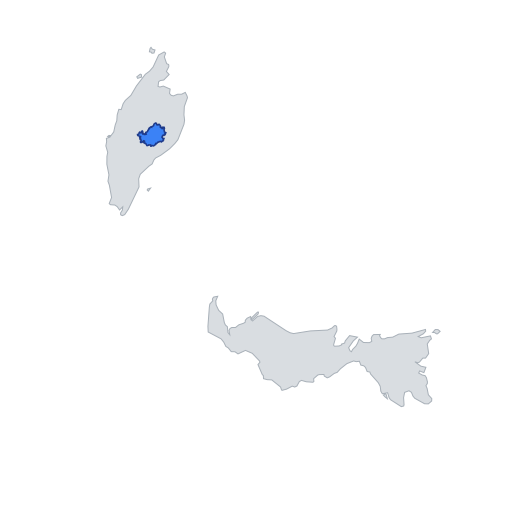 location of Jerantut, Pahang, Malaysia, rotated 48°
{"feature_id": "92858781B18339216088795", "entity_name": "Jerantut", "entity_type": "district", "adm_level": 2, "iso_a3": "MYS", "parent_name": "Malaysia", "parent_adm1": "Pahang", "projection": "natural_earth1", "projection_center": [102.515, 4.261], "detail": "fine", "context": "in_parent", "style": "filled", "palette": "blue", "viewbox_px": 512, "rotation_deg": 48, "n_neighbors": 0, "source": "geoboundaries", "source_scale": "gbopen_adm2", "svg_char_len": 8137}
<svg xmlns="http://www.w3.org/2000/svg" viewBox="0 0 512 512"><g transform="rotate(48 256 256)"><path d="M442.9,254.3L440.0,253.7L436.0,250.9L432.0,249.9L420.2,249.8L418.5,249.0L416.2,250.7L412.1,249.2L409.7,249.4L407.2,251.1L403.4,249.6L401.7,252.1L399.3,253.7L396.8,260.5L396.3,268.6L396.8,273.6L395.6,276.4L395.1,282.1L394.2,284.6L390.9,285.6L389.5,284.8L386.5,288.3L385.8,289.7L385.7,295.2L388.0,297.0L387.9,298.2L383.1,302.8L378.9,305.4L378.3,307.8L380.0,312.6L379.3,314.9L377.0,316.1L375.4,322.3L373.4,326.3L372.7,326.7L369.8,325.4L358.6,327.2L355.4,330.4L352.2,332.5L349.7,330.5L348.4,330.7L338.0,327.2L337.6,324.2L336.5,323.6L325.8,323.9L319.1,327.0L316.7,334.9L313.1,335.7L310.5,338.4L305.8,338.1L303.0,338.9L298.4,337.6L294.2,337.4L280.5,342.4L276.1,338.8L262.7,324.8L260.8,322.4L260.4,318.1L258.9,317.3L258.4,316.2L258.2,314.9L260.3,311.4L262.4,315.9L265.7,318.4L271.4,320.1L276.8,319.6L284.3,324.1L286.8,324.9L289.4,324.6L294.1,328.1L297.0,328.2L293.2,325.8L292.5,323.9L292.9,321.9L295.4,319.1L295.7,314.7L297.6,310.4L298.0,308.4L296.6,306.9L296.3,304.2L297.4,300.5L299.9,302.4L302.0,302.0L302.0,295.2L303.6,292.3L306.1,290.3L331.7,283.6L335.9,282.0L338.8,280.0L348.0,265.8L358.9,252.4L360.4,247.7L360.3,244.3L360.9,243.5L362.1,243.1L364.5,244.8L365.8,246.1L368.1,251.9L370.3,252.0L373.8,257.6L374.7,258.2L375.7,257.9L378.5,254.4L379.3,251.8L378.7,251.4L380.0,248.4L378.8,246.5L377.8,239.7L384.2,234.9L384.2,240.4L386.1,248.5L389.3,249.6L391.0,249.1L390.1,246.7L389.8,242.0L388.8,238.9L386.8,234.9L392.2,234.0L396.3,229.7L396.9,227.1L394.3,225.5L393.2,223.4L393.1,221.2L397.4,216.2L397.9,217.6L400.5,218.0L401.8,217.9L403.6,215.9L404.6,212.9L407.8,208.7L409.6,202.1L417.7,191.7L424.0,179.2L425.4,180.2L425.8,183.6L424.4,189.4L427.3,188.0L432.1,179.8L435.0,181.1L434.9,183.4L436.0,187.6L444.1,193.0L445.3,198.3L443.5,200.4L444.2,205.5L443.6,207.2L440.9,208.7L448.2,207.2L452.4,204.2L455.0,209.3L450.9,211.3L451.8,213.4L455.7,212.1L458.1,210.4L460.5,210.8L464.2,212.8L465.4,214.0L466.1,216.5L468.8,217.4L474.5,220.8L479.6,220.8L481.3,222.5L481.2,226.9L478.6,229.6L468.0,233.2L465.2,233.1L461.3,231.7L458.5,232.5L456.8,236.8L460.0,241.1L465.6,245.5L466.3,246.6L465.2,248.8L452.8,252.2L450.3,251.9L445.7,249.7L442.9,254.3ZM41.5,193.8L42.9,187.7L44.8,187.4L46.7,190.9L53.3,193.7L55.2,192.8L56.1,193.3L57.0,194.2L58.9,199.1L63.0,199.1L63.5,206.8L61.6,209.7L61.3,211.7L64.4,215.3L66.1,214.4L67.7,211.2L74.5,208.1L77.3,211.5L79.9,211.5L81.8,210.2L83.3,206.1L86.0,203.0L87.1,199.1L91.0,200.2L92.5,201.0L97.0,209.3L102.9,215.1L107.3,218.2L109.9,221.4L117.3,236.2L118.1,241.0L118.5,248.4L117.4,259.5L116.0,265.0L116.3,267.6L118.1,271.6L117.6,275.4L117.8,287.3L120.1,291.5L126.4,296.7L135.8,319.5L137.4,325.9L136.5,328.4L134.8,329.0L133.4,327.8L132.5,324.6L130.3,322.1L130.5,326.6L126.5,326.1L123.7,326.8L120.4,329.9L118.8,330.0L115.9,324.2L105.3,317.6L101.4,316.0L97.3,311.0L88.1,305.5L82.2,300.1L79.7,296.8L73.7,293.9L71.1,290.5L68.5,288.5L69.9,285.2L68.6,278.7L64.4,272.9L62.3,268.9L58.3,264.8L55.2,259.8L57.0,258.2L53.9,252.8L52.9,248.9L52.9,241.5L49.6,231.0L46.9,216.6L47.4,211.5L46.7,206.0L41.5,193.8ZM432.4,174.5L431.0,175.9L430.6,172.0L432.5,170.0L435.2,169.6L435.3,173.1L434.6,174.0L432.4,174.5ZM35.3,193.2L36.9,196.0L35.7,197.7L34.7,197.3L32.9,198.6L30.9,195.8L30.7,194.4L33.0,194.7L35.3,193.2ZM300.7,301.1L300.0,301.4L299.0,300.5L298.7,292.4L299.4,291.7L300.5,293.2L300.7,301.1ZM46.5,221.3L44.8,225.1L43.1,224.7L43.4,220.3L44.4,219.8L46.5,221.3ZM450.0,253.9L446.8,254.4L444.6,254.4L444.9,252.2L445.9,251.9L450.0,253.9ZM135.8,292.6L134.1,292.7L133.7,291.7L135.0,288.9L135.8,292.6ZM69.0,285.8L67.9,286.3L68.0,284.6L68.9,283.7L69.0,285.8Z" fill="#d9dde1" stroke="#a8b0b8" stroke-width="1"/><path d="M99.9,238.6L99.7,238.5L99.4,238.5L99.2,238.3L99.1,238.2L98.9,238.1L98.6,238.2L98.5,238.3L98.5,238.5L98.5,238.9L98.5,239.1L98.4,239.2L98.5,239.3L98.6,239.6L98.6,239.8L98.6,240.2L98.6,240.5L98.4,240.6L98.2,240.4L97.9,240.4L97.6,240.2L97.3,239.9L97.2,240.3L97.1,240.5L96.9,240.6L96.9,240.8L96.6,240.9L96.5,241.0L96.4,241.0L96.2,240.9L96.1,240.7L95.9,240.5L95.5,240.1L95.4,240.0L95.2,240.1L95.0,239.9L94.8,239.9L94.5,239.9L94.4,239.9L94.2,239.8L93.7,239.9L93.4,239.8L93.1,240.1L93.2,240.4L93.2,240.7L93.1,241.0L92.8,241.1L92.6,241.5L92.5,241.8L92.3,241.9L91.9,241.9L91.5,241.6L91.2,241.4L90.9,241.2L90.6,241.3L90.3,241.4L90.1,241.5L90.1,241.8L90.0,242.0L89.9,242.0L89.8,242.5L89.7,242.8L89.7,243.1L89.7,243.3L89.9,243.9L90.2,244.3L90.3,244.6L90.6,244.8L90.7,245.0L90.5,245.4L90.5,245.7L90.3,246.4L90.3,246.5L90.2,246.7L90.3,247.0L90.5,247.3L90.1,247.4L90.1,247.6L89.9,247.7L89.7,247.7L89.6,248.0L89.7,248.3L89.6,248.5L89.5,249.0L89.8,249.4L89.7,249.6L89.7,249.8L89.6,250.0L90.0,250.0L90.0,250.3L90.1,250.5L90.0,251.0L90.1,251.4L90.2,251.6L90.3,251.7L90.4,251.9L90.4,252.1L90.3,252.3L90.7,252.9L90.8,253.2L90.9,253.3L90.9,253.9L90.8,254.1L90.7,254.3L90.6,254.7L90.5,254.9L90.4,255.0L90.5,255.4L90.5,255.5L90.8,255.8L91.0,255.8L91.1,255.7L91.3,255.7L91.5,255.8L91.6,256.2L91.8,256.2L92.0,256.2L91.9,256.5L91.6,256.9L91.4,257.1L91.2,257.4L91.0,257.2L90.8,257.2L90.7,257.5L90.4,257.5L90.4,257.4L90.2,257.6L90.2,257.8L89.8,257.8L89.8,258.2L89.7,258.3L89.6,258.5L89.4,258.4L89.4,258.1L89.2,258.1L88.8,258.1L88.7,258.1L88.6,257.8L88.4,257.9L88.2,257.5L88.1,257.2L87.9,257.2L87.7,257.1L87.5,256.8L87.4,256.8L87.1,256.9L86.9,256.9L86.9,257.0L87.0,257.3L86.9,257.4L86.9,257.6L86.8,257.8L86.9,258.0L87.0,258.2L87.5,258.4L87.6,258.6L87.7,258.8L87.2,259.4L86.6,259.6L86.4,259.6L86.1,259.6L86.1,260.0L86.2,260.4L86.4,260.5L86.5,260.8L86.7,261.1L86.9,261.3L86.8,261.6L86.8,261.9L86.8,262.2L86.6,262.4L86.6,262.7L86.5,262.8L86.9,263.1L87.0,263.1L87.4,263.2L87.5,263.2L87.7,262.9L87.8,262.9L88.0,262.9L88.5,262.6L88.8,262.6L89.0,262.6L89.3,262.4L89.5,262.4L89.6,262.2L89.8,261.9L90.0,261.8L90.2,262.0L90.2,262.3L90.3,262.5L90.2,262.9L90.2,263.3L90.3,263.4L90.6,263.5L90.7,263.4L91.0,263.4L91.3,263.1L91.5,263.3L91.5,263.6L91.6,263.9L91.8,264.1L92.1,263.8L93.1,263.8L93.8,265.4L94.0,265.4L94.0,265.5L94.4,265.8L94.6,265.7L94.8,265.5L94.7,265.3L94.8,265.2L94.8,264.8L95.3,264.5L95.3,264.3L95.3,264.2L95.1,263.9L95.1,263.6L95.2,263.4L95.4,263.2L95.5,263.0L95.5,262.9L95.8,262.6L95.7,262.3L95.5,262.2L95.8,262.0L96.1,262.0L96.1,262.5L96.3,262.9L96.4,263.0L96.5,263.2L96.7,263.5L97.6,263.0L97.6,263.3L97.9,263.2L98.1,263.0L98.3,263.1L98.9,262.7L99.1,262.8L99.3,262.8L99.6,262.8L99.8,262.9L100.0,263.0L100.3,263.0L100.9,263.2L101.0,263.1L101.1,262.9L101.4,262.7L101.5,262.6L101.5,262.4L101.5,262.2L101.8,261.7L101.7,261.3L102.1,261.1L102.2,260.8L102.5,260.6L102.6,260.4L102.9,260.3L103.1,260.1L103.1,259.9L103.5,260.0L103.7,260.5L103.8,260.6L104.0,260.7L104.5,260.0L104.5,259.5L104.6,259.2L104.7,258.9L104.8,258.8L104.9,258.7L105.2,258.7L105.4,258.6L105.7,258.4L105.7,258.2L105.8,257.9L105.8,257.6L105.8,257.4L105.7,257.2L105.9,256.6L106.0,256.2L105.9,256.2L105.7,256.0L105.7,255.9L105.5,255.6L105.4,255.5L105.3,255.4L105.2,255.2L105.3,255.1L105.5,254.9L105.9,254.6L105.9,254.2L105.9,253.6L105.7,253.1L105.9,253.0L105.9,252.7L106.0,252.6L106.2,252.2L106.1,251.7L106.2,251.3L106.3,251.2L106.5,251.3L106.6,251.2L106.7,250.6L107.0,250.1L107.4,250.0L107.5,250.0L107.9,250.1L108.0,250.0L108.0,249.8L107.9,249.8L107.8,248.8L107.9,248.6L108.0,248.6L108.3,248.3L108.3,248.2L108.1,248.0L108.0,247.9L107.9,247.7L108.0,247.3L108.0,247.1L107.9,247.0L107.7,246.9L107.5,246.6L107.4,246.4L107.2,246.3L107.1,246.0L106.9,246.3L106.7,246.3L106.7,246.7L106.6,246.8L106.4,246.8L106.1,246.4L105.8,246.5L105.4,246.3L105.1,246.5L104.9,246.5L104.8,246.3L104.9,246.1L104.7,245.8L104.5,245.7L104.3,245.7L104.2,245.5L104.2,244.9L104.0,244.5L104.0,244.2L104.2,243.9L104.4,243.9L104.5,243.9L104.8,243.8L104.8,243.5L104.8,243.3L104.6,243.1L104.5,242.9L105.0,242.7L104.9,242.3L104.7,242.3L104.6,242.1L104.7,241.9L104.7,241.7L104.6,241.4L104.4,241.3L104.2,241.0L104.1,240.7L104.0,240.8L104.0,240.7L103.7,240.7L103.5,240.8L103.2,240.8L102.9,240.9L102.7,241.0L102.6,240.8L102.3,240.8L102.2,240.7L101.9,240.5L101.7,240.6L101.4,240.4L101.2,240.3L101.1,240.1L100.9,239.8L100.5,239.8L100.4,239.7L100.1,239.3L100.0,239.1L99.9,238.6Z" fill="#3b82f6" stroke="#1e3a8a" stroke-width="1.5"/></g></svg>